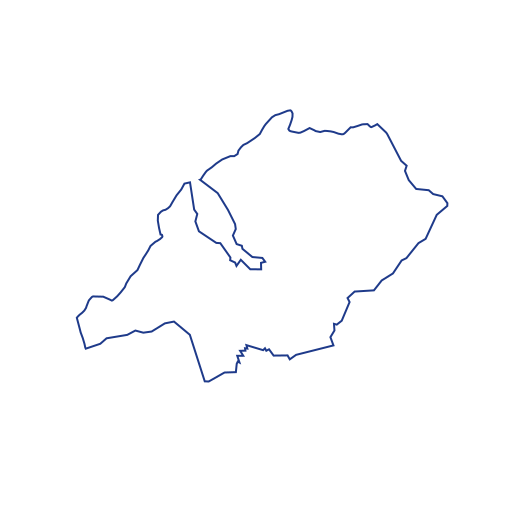 Struga, Struga, North Macedonia, rotated 62°
{"feature_id": "65306769B59831193355348", "entity_name": "Struga", "entity_type": "district", "adm_level": 2, "iso_a3": "MKD", "parent_name": "North Macedonia", "parent_adm1": "Struga", "projection": "mercator", "projection_center": [20.597, 41.258], "detail": "fine", "context": "isolated", "style": "outline", "palette": "blue", "viewbox_px": 512, "rotation_deg": 62, "n_neighbors": 0, "source": "geoboundaries", "source_scale": "gbopen_adm2", "svg_char_len": 2664}
<svg xmlns="http://www.w3.org/2000/svg" viewBox="0 0 512 512"><g transform="rotate(62 256 256)"><path d="M160.0,279.7L159.6,281.1L158.5,285.2L162.2,290.8L165.1,297.6L169.1,304.3L171.2,307.6L171.8,308.6L172.5,311.3L172.7,314.2L172.2,316.2L172.1,316.9L172.3,319.2L173.7,323.2L178.7,326.1L185.6,328.4L192.2,330.2L192.7,329.5L193.2,329.1L194.7,329.4L195.3,330.0L196.0,332.8L196.3,336.4L196.2,338.1L197.6,344.4L200.4,348.4L202.7,352.4L204.8,356.3L209.2,362.5L212.8,367.3L215.0,376.2L219.3,383.4L221.8,386.3L222.2,387.1L224.6,392.6L226.4,397.5L227.3,401.1L227.8,403.2L227.7,404.2L225.5,405.8L220.2,410.0L215.7,418.0L215.3,418.6L215.1,419.4L215.2,420.3L216.6,424.1L217.2,425.0L220.8,429.2L222.0,430.4L223.6,433.2L224.5,436.1L225.1,439.4L225.8,441.7L226.4,443.2L237.5,445.8L241.2,446.7L247.2,447.5L253.1,448.7L256.6,449.7L257.9,449.8L260.4,434.7L258.5,426.6L265.2,406.7L265.2,397.5L270.8,391.5L273.7,383.6L272.7,368.1L275.4,359.2L294.5,351.4L342.6,360.1L344.6,356.7L344.1,338.5L349.1,328.3L342.1,323.6L340.7,321.7L342.3,320.6L335.3,319.4L338.1,314.1L332.3,314.5L334.6,309.8L332.3,309.0L333.7,307.1L330.2,306.3L342.5,293.9L341.7,291.4L344.5,291.4L344.5,288.3L352.2,287.2L358.6,274.8L363.1,274.7L362.1,267.0L371.3,229.6L362.6,228.4L358.6,221.7L352.5,219.0L354.5,216.9L353.4,210.7L340.6,195.0L336.1,194.9L333.7,185.6L341.7,168.0L336.6,156.5L335.7,143.3L328.3,129.5L328.5,124.2L320.9,106.5L320.5,98.2L304.5,77.1L301.6,63.6L299.2,62.2L290.8,63.4L284.5,70.5L279.0,72.6L272.0,83.1L260.7,85.5L250.8,84.5L247.0,80.6L240.1,83.2L210.1,82.9L208.2,83.1L196.5,87.0L196.6,89.6L196.4,93.6L196.0,94.1L195.0,94.6L191.9,95.6L190.0,99.6L189.6,100.7L188.9,105.2L188.0,109.8L186.8,112.0L189.1,119.5L189.4,121.1L189.4,121.7L188.9,123.0L186.7,125.8L183.0,129.2L181.0,131.6L178.8,134.8L177.7,136.7L176.7,141.1L173.6,144.8L172.6,145.3L168.2,148.6L168.2,155.1L167.9,159.0L167.2,160.7L163.1,165.7L162.4,166.5L161.7,167.2L160.8,167.7L159.0,167.8L156.0,164.2L152.8,160.8L150.3,158.5L147.3,156.8L145.1,156.7L144.1,156.9L143.5,157.3L142.6,160.0L141.6,169.1L140.7,172.8L141.0,176.8L144.1,185.4L145.2,187.7L147.5,191.5L150.1,195.4L151.3,201.7L152.2,210.9L152.0,215.0L152.9,218.1L154.7,222.0L157.3,224.4L157.6,228.3L155.8,231.7L154.9,240.5L155.7,247.8L156.9,253.3L157.6,259.0L157.9,260.0L158.5,261.4L160.2,264.8L162.5,268.9L162.4,269.6L182.5,260.3L202.2,259.1L218.0,259.5L222.7,261.2L227.1,266.8L236.4,267.5L240.3,263.7L243.3,264.6L255.2,259.7L260.7,251.3L265.4,250.6L264.4,254.8L270.2,257.7L265.0,267.3L252.2,271.2L255.6,277.9L252.0,277.5L247.6,280.8L245.3,279.3L227.9,281.5L225.8,284.9L207.4,294.8L197.0,293.3L191.3,288.1L186.0,288.8L160.0,279.7Z" fill="none" stroke="#1e3a8a" stroke-width="2"/></g></svg>